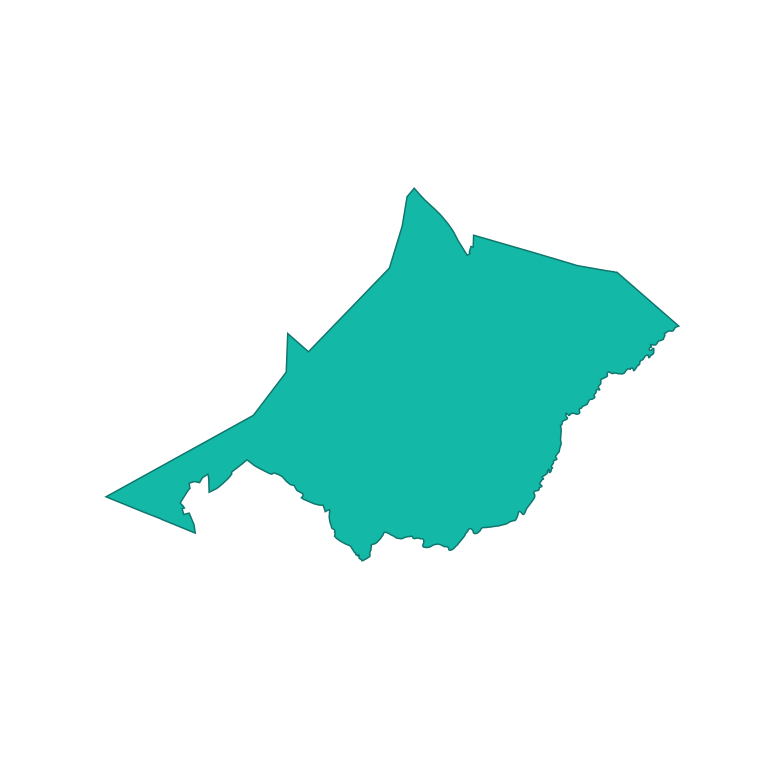 the district of Nuenen, Gerwen en Nederwetten, Noord-Brabant, Netherlands, rotated 253°
{"feature_id": "6326949B11181264963907", "entity_name": "Nuenen, Gerwen en Nederwetten", "entity_type": "district", "adm_level": 2, "iso_a3": "NLD", "parent_name": "Netherlands", "parent_adm1": "Noord-Brabant", "projection": "albers", "projection_center": [5.532, 51.486], "detail": "fine", "context": "isolated", "style": "filled", "palette": "teal", "viewbox_px": 768, "rotation_deg": 253, "n_neighbors": 0, "source": "geoboundaries", "source_scale": "gbopen_adm2", "svg_char_len": 6158}
<svg xmlns="http://www.w3.org/2000/svg" viewBox="0 0 768 768"><g transform="rotate(253 384 384)"><path d="M353.2,682.8L422.8,639.4L422.6,639.1L423.5,637.4L423.9,637.1L426.9,630.6L440.7,603.5L464.3,568.0L500.1,513.2L488.8,509.3L490.1,507.4L485.6,504.4L484.7,504.2L483.7,504.5L482.8,501.2L499.3,496.8L509.6,494.9L518.1,492.2L525.4,489.2L529.8,487.2L536.1,483.8L547.7,477.0L554.2,473.8L562.4,470.1L556.3,460.8L529.7,447.6L493.3,423.1L436.9,321.2L460.4,306.7L424.0,294.0L416.8,284.1L392.2,249.9L357.4,85.2L331.8,116.6L321.8,129.3L320.2,131.3L319.8,131.5L296.6,159.9L305.1,161.2L317.5,159.9L317.8,154.4L323.8,154.5L323.8,156.3L323.7,156.8L325.6,156.4L329.6,154.4L329.9,154.4L339.9,166.0L340.8,167.9L346.1,168.6L346.2,173.1L346.1,174.0L345.8,174.9L343.6,178.8L347.4,182.9L349.3,189.2L347.1,189.1L344.6,188.7L331.6,185.1L332.7,192.0L333.2,194.2L333.6,195.3L335.5,199.9L338.9,206.8L340.5,209.5L342.4,212.1L343.1,212.1L343.8,212.3L344.5,213.0L349.4,225.8L351.6,230.8L343.7,236.4L342.4,237.6L339.1,240.8L331.9,248.3L330.6,250.2L331.1,253.3L329.3,255.0L328.9,255.9L328.0,256.9L325.1,259.7L319.6,262.1L315.3,264.9L314.9,265.4L313.3,268.4L308.3,269.4L307.4,269.8L303.1,274.1L302.9,274.0L301.4,274.1L300.7,273.9L299.3,271.7L297.2,273.5L290.0,282.0L287.5,286.0L285.8,290.3L282.6,290.5L279.1,290.5L279.7,293.7L279.8,294.5L279.6,295.3L272.6,292.6L268.0,292.0L266.3,291.9L264.9,292.1L261.7,291.9L261.1,292.1L259.1,294.0L258.2,294.1L257.8,294.1L256.9,293.4L255.7,293.6L254.7,293.3L253.9,292.9L253.1,292.3L252.8,292.2L250.2,293.5L247.1,295.8L242.4,300.3L239.7,303.7L238.6,304.6L231.6,306.5L230.6,307.4L230.4,307.3L229.8,307.4L229.4,307.1L229.1,307.1L228.6,308.0L227.8,308.3L227.1,309.0L228.0,309.3L228.2,309.5L227.8,310.0L226.8,310.0L224.5,309.3L222.6,311.0L221.3,311.3L221.4,313.0L222.3,316.9L223.1,319.7L223.4,320.1L224.5,320.6L226.9,321.1L227.5,321.5L229.4,323.2L230.1,323.2L231.6,324.1L233.7,324.8L234.1,325.7L233.9,328.6L234.0,329.2L234.8,331.4L235.7,332.8L236.4,334.1L237.4,335.7L238.6,337.1L239.7,338.7L242.0,340.7L242.1,341.4L241.8,342.1L240.4,344.0L239.2,345.3L237.8,346.5L235.4,349.1L233.8,350.3L232.8,351.3L230.9,355.3L230.9,356.7L231.2,359.1L231.2,360.5L230.9,363.0L230.4,365.4L230.4,365.9L229.9,366.4L228.0,366.9L227.6,367.3L227.2,367.9L227.0,370.8L226.3,372.3L225.3,373.6L224.6,375.7L224.1,376.2L223.1,376.3L221.0,375.8L219.2,374.5L218.0,373.8L217.3,373.8L216.4,374.3L215.3,376.6L214.7,379.0L214.9,381.3L215.7,384.2L215.5,386.6L215.3,388.1L215.1,389.0L213.6,391.4L212.6,392.4L211.1,393.8L210.6,394.7L210.3,396.0L209.7,397.1L209.3,397.4L208.5,397.6L207.4,397.7L206.5,397.6L206.3,397.7L205.8,398.3L205.6,399.0L205.6,399.7L205.8,401.2L206.2,402.4L208.0,405.5L208.7,407.2L210.7,409.9L211.2,410.8L214.2,415.3L215.4,416.9L217.2,418.5L218.6,420.8L220.2,422.3L220.5,423.1L220.5,423.9L220.3,424.4L219.7,425.2L218.8,425.8L217.9,426.1L215.4,426.1L214.7,426.6L214.4,427.2L214.0,429.1L214.3,430.2L215.5,432.9L217.2,434.7L217.6,435.4L217.8,435.9L217.6,437.4L216.9,439.8L216.3,443.3L216.0,444.3L215.9,446.0L215.6,447.1L215.4,449.2L214.7,452.5L214.8,454.3L214.5,458.1L214.5,459.7L214.6,460.7L215.3,463.6L215.5,465.3L215.5,467.6L215.2,468.7L215.2,469.3L215.7,470.3L216.4,471.1L218.6,473.0L222.1,475.3L222.5,475.8L222.5,476.0L222.4,476.5L221.9,477.2L218.8,478.6L218.5,479.2L218.6,479.9L219.9,481.3L222.4,483.3L223.5,484.4L228.5,491.3L231.3,494.7L232.0,495.1L233.3,495.6L234.2,495.7L235.8,495.4L236.7,495.7L237.5,497.3L237.5,497.7L237.1,500.0L237.2,500.7L237.7,501.3L239.6,502.4L239.8,503.6L239.7,504.4L239.7,504.8L240.3,505.1L240.8,505.1L242.4,504.0L243.3,503.6L246.0,506.9L246.4,507.6L246.4,508.4L246.5,508.7L247.1,508.7L248.6,508.0L249.1,508.2L249.4,509.3L249.6,510.8L250.9,513.9L253.2,515.1L254.1,516.3L254.1,516.8L253.6,517.0L251.3,516.1L251.0,516.2L250.9,516.9L251.2,517.6L252.1,518.5L254.0,519.5L254.3,519.9L254.3,520.4L254.6,520.6L254.9,520.5L255.2,520.1L255.7,519.8L256.2,519.8L256.9,520.4L258.7,522.8L261.0,523.8L261.2,524.1L261.2,526.8L261.4,527.2L262.3,527.4L263.8,526.8L264.7,527.0L266.3,529.0L268.0,531.7L271.7,533.6L273.3,534.8L275.4,536.1L279.0,536.5L288.1,540.0L291.0,540.5L292.9,540.6L292.9,541.6L293.2,542.2L293.9,542.7L295.4,543.2L296.2,544.6L296.5,545.2L296.7,548.1L297.0,548.8L297.4,549.3L298.1,549.6L298.9,549.0L299.9,548.8L302.2,549.0L302.6,549.3L302.7,549.8L302.3,550.3L300.1,551.5L299.8,551.9L299.8,552.2L300.3,552.7L300.6,553.4L301.0,554.7L300.9,555.2L300.7,556.1L300.2,557.4L298.7,559.4L298.6,560.1L298.6,561.3L298.8,562.2L299.2,562.6L299.7,562.9L302.3,563.3L303.2,563.6L303.4,563.8L303.5,564.2L303.2,564.9L303.2,565.6L303.3,565.9L304.0,566.7L304.5,567.6L304.8,569.2L304.8,570.2L305.3,572.4L307.2,574.2L308.6,575.6L308.8,576.0L308.9,576.6L308.7,578.0L308.6,578.9L309.1,580.8L309.4,581.5L310.4,581.8L311.3,581.4L311.8,581.4L312.5,582.1L313.3,583.5L314.0,584.3L316.4,585.5L316.5,585.9L316.5,586.3L315.5,587.8L315.3,588.4L315.4,588.6L316.8,588.4L318.0,588.1L318.7,588.2L319.5,588.9L320.5,590.8L321.2,591.5L323.0,592.2L324.3,592.1L325.0,593.3L325.6,597.6L326.0,599.4L326.3,599.8L327.2,600.3L328.7,600.2L329.0,600.4L329.4,601.0L329.9,602.3L329.9,602.7L329.8,602.9L328.2,604.2L327.3,605.2L327.1,606.1L327.1,607.6L326.8,608.6L325.3,611.2L324.4,613.7L323.9,614.8L324.2,617.0L324.5,617.5L325.7,618.8L327.0,620.9L327.2,621.4L326.8,622.7L326.1,623.9L326.8,624.6L326.9,625.3L326.7,625.8L326.2,626.6L323.9,626.6L323.7,627.1L323.9,627.6L325.2,629.3L327.3,631.6L328.0,634.1L330.4,635.2L331.1,636.0L331.5,637.3L331.5,638.4L331.6,638.7L334.3,641.9L334.6,643.2L334.6,644.4L334.5,644.8L334.0,645.2L332.1,644.8L331.8,644.9L331.7,645.3L331.7,645.6L332.9,646.9L333.4,648.1L333.8,649.5L334.1,650.1L334.6,650.8L336.2,651.5L338.4,652.2L339.0,652.2L339.3,652.1L339.4,651.8L339.3,651.3L338.1,649.4L338.1,649.1L338.6,648.0L339.1,647.7L340.0,647.8L340.8,648.5L341.2,649.5L341.0,650.2L341.1,650.5L342.1,650.6L343.1,650.2L343.5,650.2L343.7,650.4L343.7,650.9L342.5,653.2L342.0,654.8L342.0,655.4L343.1,657.0L344.7,658.8L344.8,659.0L344.7,661.3L345.0,664.2L346.4,665.1L348.0,666.7L349.1,666.9L350.0,666.7L350.2,666.8L350.7,669.2L351.3,670.5L351.4,671.7L351.1,672.9L350.4,674.7L350.3,675.8L350.5,676.2L353.0,679.2L353.2,682.8Z" fill="#14b8a6" stroke="#0f766e" stroke-width="1.5"/></g></svg>